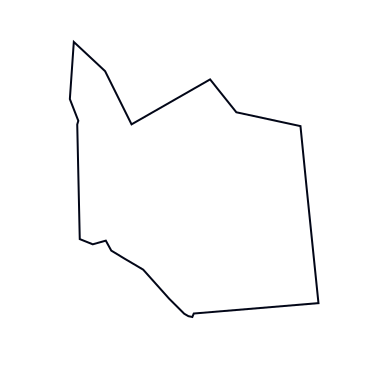 Jandaíra, Rio Grande do Norte, Brazil, rotated 192°
{"feature_id": "56859067B73444241078721", "entity_name": "Jandaíra", "entity_type": "district", "adm_level": 2, "iso_a3": "BRA", "parent_name": "Brazil", "parent_adm1": "Rio Grande do Norte", "projection": "robinson", "projection_center": [-36.108, -5.36], "detail": "fine", "context": "isolated", "style": "outline", "palette": "ink", "viewbox_px": 384, "rotation_deg": 192, "n_neighbors": 0, "source": "geoboundaries", "source_scale": "gbopen_adm2", "svg_char_len": 445}
<svg xmlns="http://www.w3.org/2000/svg" viewBox="0 0 384 384"><g transform="rotate(192 192 192)"><path d="M174.3,71.3L169.7,69.8L165.7,69.8L165.0,73.5L45.2,109.6L81.0,220.7L99.6,279.0L165.2,279.2L187.9,297.8L197.7,305.9L265.2,245.6L302.1,292.1L338.8,314.2L330.8,257.5L318.0,238.0L318.3,234.2L292.0,122.6L278.2,120.2L266.2,126.5L258.8,117.9L243.9,112.7L223.6,105.9L192.2,82.9L174.3,71.3Z" fill="none" stroke="#020617" stroke-width="2"/></g></svg>